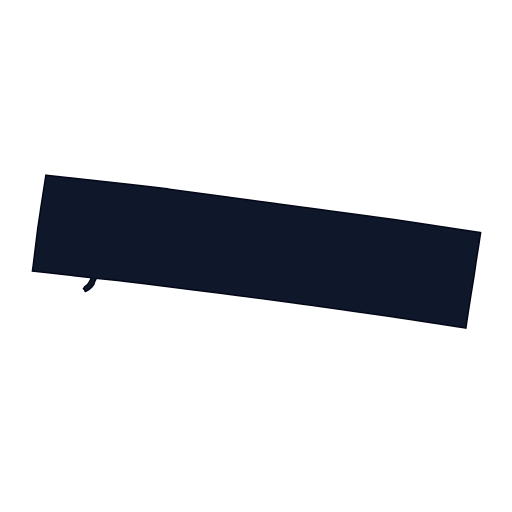 the district of Halfa, Northern, Sudan, rotated 187°
{"feature_id": "16777658B39778167930026", "entity_name": "Halfa", "entity_type": "district", "adm_level": 2, "iso_a3": "SDN", "parent_name": "Sudan", "parent_adm1": "Northern", "projection": "orthographic", "projection_center": [30.005, 21.349], "detail": "fine", "context": "isolated", "style": "filled", "palette": "ink", "viewbox_px": 512, "rotation_deg": 187, "n_neighbors": 0, "source": "geoboundaries", "source_scale": "gbopen_adm2", "svg_char_len": 1131}
<svg xmlns="http://www.w3.org/2000/svg" viewBox="0 0 512 512"><g transform="rotate(187 256 256)"><path d="M476.1,213.8L437.7,214.3L434.9,214.3L434.7,214.2L417.0,214.4L417.3,212.2L417.9,210.9L418.5,209.5L418.6,209.3L419.7,207.2L419.8,207.0L422.1,204.8L423.3,202.5L422.0,201.6L421.5,200.4L420.8,200.0L417.8,202.3L417.4,202.6L417.2,202.9L415.4,205.0L415.2,205.2L415.0,205.5L413.6,207.8L413.0,210.9L411.7,214.4L411.0,214.4L386.8,214.9L386.6,214.8L362.5,214.9L338.5,214.8L315.1,214.7L314.8,214.7L291.0,214.7L267.5,214.5L243.7,214.4L220.1,214.1L211.6,214.0L208.0,213.9L196.4,213.8L172.3,213.4L148.2,212.9L124.2,212.5L100.4,211.9L76.8,211.2L53.2,210.5L48.1,210.3L42.7,210.2L39.0,210.0L38.9,210.0L38.5,226.0L37.9,243.3L37.2,260.9L36.8,278.2L36.2,295.3L35.9,306.6L121.2,309.0L350.7,311.7L352.2,312.0L352.8,312.0L353.0,311.9L358.7,311.9L378.3,311.8L472.3,310.6L474.4,310.6L474.9,294.9L475.2,285.2L475.4,279.4L475.9,259.7L476.0,257.9L476.0,257.2L476.0,256.4L476.0,255.8L476.0,243.9L476.0,233.2L476.0,232.4L476.0,223.1L476.0,219.7L476.0,219.0L476.1,214.9L476.1,213.9L476.1,213.8Z" fill="#0f172a" stroke="#020617" stroke-width="1.5"/></g></svg>